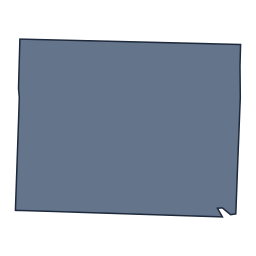 Henry, Missouri, United States of America (Robinson projection)
{"feature_id": "52423323B86043249608215", "entity_name": "Henry", "entity_type": "district", "adm_level": 2, "iso_a3": "USA", "parent_name": "United States of America", "parent_adm1": "Missouri", "projection": "robinson", "projection_center": [-93.766, 38.384], "detail": "fine", "context": "isolated", "style": "filled", "palette": "slate", "viewbox_px": 256, "rotation_deg": 0, "n_neighbors": 0, "source": "geoboundaries", "source_scale": "gbopen_adm2", "svg_char_len": 310}
<svg xmlns="http://www.w3.org/2000/svg" viewBox="0 0 256 256"><path d="M19.3,97.5L18.6,118.9L15.4,210.4L25.5,210.6L222.4,216.9L217.4,208.2L222.4,207.9L230.6,214.7L235.8,213.9L237.9,158.3L240.3,97.6L240.0,65.8L240.6,44.5L19.9,39.1L18.5,88.3L19.3,97.5Z" fill="#64748b" stroke="#1e293b" stroke-width="1.5"/></svg>